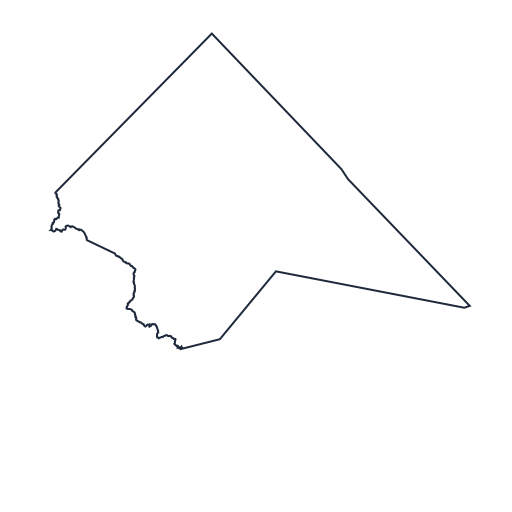 Lago Buenos Aires, Santa Cruz, Argentina (Albers equal-area conic projection), rotated 314°
{"feature_id": "61730980B62951780268980", "entity_name": "Lago Buenos Aires", "entity_type": "district", "adm_level": 2, "iso_a3": "ARG", "parent_name": "Argentina", "parent_adm1": "Santa Cruz", "projection": "albers", "projection_center": [-71.373, -47.161], "detail": "fine", "context": "isolated", "style": "outline", "palette": "slate", "viewbox_px": 512, "rotation_deg": 314, "n_neighbors": 0, "source": "geoboundaries", "source_scale": "gbopen_adm2", "svg_char_len": 5764}
<svg xmlns="http://www.w3.org/2000/svg" viewBox="0 0 512 512"><g transform="rotate(314 256 256)"><path d="M162.3,67.6L162.0,67.9L161.9,68.1L162.0,68.4L161.9,68.9L162.1,69.3L162.1,69.5L161.8,69.8L161.8,70.1L161.6,70.4L161.4,70.5L161.1,70.5L160.8,70.6L160.7,70.8L160.8,71.1L160.7,71.4L160.0,71.7L159.8,72.0L159.8,72.4L159.9,72.8L159.7,73.1L159.6,73.7L159.7,74.1L159.1,74.4L159.1,74.7L158.8,75.2L158.9,75.3L158.8,75.5L158.7,75.6L158.4,76.0L158.2,76.1L157.9,76.1L157.7,76.5L157.4,76.8L157.1,77.1L156.9,77.0L156.5,77.5L156.3,77.8L156.4,78.6L156.3,78.9L155.8,78.9L155.7,79.0L155.3,79.0L155.0,79.2L155.0,79.7L154.8,80.1L154.8,81.0L154.9,81.3L154.9,81.6L154.8,81.9L154.4,82.3L153.9,82.5L153.0,83.1L152.6,83.1L152.5,82.8L152.2,82.5L151.5,82.2L150.8,82.6L150.5,83.0L150.1,83.2L149.5,83.8L149.5,84.3L149.7,84.7L149.7,85.1L149.5,85.5L148.5,86.0L148.1,86.4L147.2,86.8L146.9,87.2L146.6,87.4L146.5,87.1L146.2,86.8L145.9,86.7L143.8,86.7L143.6,86.6L143.4,86.4L143.3,85.8L143.2,85.6L142.9,85.6L142.1,85.6L141.9,85.8L141.6,86.2L140.8,86.5L140.1,87.2L139.9,87.2L139.1,86.9L138.3,86.8L138.1,87.0L138.0,87.3L138.0,87.6L137.4,87.6L136.9,87.8L136.4,87.7L136.1,87.8L134.8,88.6L134.5,89.2L134.4,89.6L133.4,89.9L132.5,90.4L132.1,90.4L132.9,91.2L132.8,91.6L133.0,91.9L132.8,92.3L132.8,92.5L133.0,93.4L134.0,94.0L134.9,94.0L136.4,93.8L136.6,93.6L137.2,93.3L137.5,93.3L137.7,93.1L137.5,93.3L137.2,93.4L136.7,93.6L136.6,93.9L136.8,94.3L137.1,94.6L137.2,95.1L138.2,97.0L138.4,97.4L137.9,98.1L138.2,98.8L138.3,98.9L138.4,99.2L139.3,99.0L139.9,98.7L141.1,98.8L141.6,99.7L142.5,100.5L144.0,99.8L144.7,99.1L145.0,98.5L145.3,98.5L146.2,98.8L147.5,99.8L147.8,101.8L148.0,102.3L148.1,102.7L148.4,102.6L148.6,102.3L148.9,102.5L149.8,103.3L149.8,103.6L150.3,104.5L150.3,104.9L150.7,107.0L150.6,107.4L150.7,107.6L150.7,107.8L151.2,108.4L151.3,109.0L151.7,109.9L151.6,110.3L152.3,110.4L152.2,111.1L152.6,111.2L153.2,111.6L153.3,111.7L153.2,112.3L153.6,113.5L153.6,115.3L153.1,117.5L152.4,119.0L151.9,120.7L151.6,120.7L151.5,120.9L151.4,121.6L151.2,121.6L151.1,122.0L150.7,122.3L150.2,122.8L150.1,123.0L150.0,123.5L159.8,152.9L159.8,153.1L159.4,153.7L159.4,154.2L159.2,154.8L159.1,155.3L159.3,155.9L159.6,156.1L160.0,156.7L159.9,157.6L160.4,157.9L160.5,158.1L160.3,158.7L160.6,159.2L160.5,160.5L160.7,160.8L160.9,161.7L160.7,162.3L160.7,162.8L160.3,163.1L160.2,163.3L160.1,164.3L160.3,164.8L160.3,165.1L160.7,166.0L160.8,166.2L160.7,166.4L161.1,166.7L160.8,167.4L160.8,167.8L161.2,168.3L161.3,168.7L161.9,169.2L162.0,169.6L162.4,170.0L162.3,170.5L162.4,171.0L162.1,171.5L162.0,171.9L162.0,172.9L162.0,173.2L162.5,173.4L162.6,173.7L162.6,175.0L162.4,175.4L162.3,176.1L162.4,176.5L162.7,177.1L162.8,177.8L162.8,178.2L162.1,179.0L161.4,179.0L161.2,179.3L160.6,179.4L160.3,179.8L160.1,179.7L159.8,179.9L158.9,179.8L158.4,180.2L158.1,180.3L157.8,180.6L157.5,180.9L157.5,181.4L157.6,181.6L157.3,182.1L157.2,182.3L156.9,182.4L156.8,182.7L155.8,182.9L155.6,183.2L155.4,183.7L155.2,183.8L154.9,183.8L154.3,184.6L153.3,185.1L153.1,185.5L152.6,185.6L152.0,186.1L152.0,186.3L152.1,186.8L151.8,186.9L151.2,187.5L151.0,188.4L150.3,189.7L149.7,190.3L149.0,190.6L148.7,191.1L148.7,191.5L147.5,192.3L147.0,193.0L146.4,192.8L146.0,193.1L145.7,193.2L145.7,193.6L144.8,193.9L144.6,194.0L144.0,194.0L143.7,194.1L143.3,194.9L142.8,195.2L142.8,195.6L142.1,196.0L141.9,196.6L141.2,196.7L140.2,196.7L139.6,196.9L139.1,197.3L138.6,197.3L137.9,197.1L136.9,197.0L136.5,196.7L135.8,196.9L135.5,196.8L135.3,197.0L135.0,197.2L134.5,197.1L133.9,196.8L133.4,196.9L132.9,196.8L132.8,197.3L132.1,197.4L131.5,198.0L130.5,198.1L129.9,198.5L129.5,198.4L129.2,198.6L128.9,199.1L128.4,199.3L128.6,200.1L128.9,200.3L128.9,200.6L130.0,201.8L130.9,203.5L131.0,204.4L130.9,204.7L130.6,205.1L130.6,205.5L131.0,206.7L130.9,207.3L131.1,208.0L130.5,208.8L130.4,209.1L129.6,209.7L129.5,210.0L129.6,210.4L129.1,210.8L129.0,211.2L129.0,211.5L128.6,211.5L128.2,211.7L128.2,212.1L128.2,212.8L128.1,213.0L127.9,213.4L127.5,213.5L126.9,213.8L126.8,214.0L126.8,214.8L126.7,214.9L126.9,215.4L126.9,216.1L127.1,216.5L127.3,216.9L127.5,217.4L127.5,217.8L127.4,218.2L127.5,218.4L127.6,218.6L128.2,219.0L128.2,219.8L128.3,220.3L128.2,221.2L128.5,221.4L128.9,222.4L128.9,222.6L128.5,222.8L128.4,223.1L128.3,224.0L128.2,224.5L128.3,225.2L128.5,225.5L129.9,225.6L130.6,225.4L131.4,225.7L132.1,226.4L132.4,226.8L132.7,226.9L132.0,227.5L131.3,228.0L131.1,228.4L131.9,228.7L132.3,228.7L132.7,228.8L133.1,229.0L134.5,228.5L135.0,228.6L135.6,229.4L135.6,229.7L135.8,230.1L136.6,230.5L136.9,230.9L136.6,231.8L136.5,232.3L136.2,233.0L136.3,233.4L136.3,233.6L135.8,234.2L135.6,235.0L135.1,235.5L134.9,236.1L134.4,236.9L134.3,237.5L133.7,237.8L133.0,238.9L131.6,238.8L130.7,239.3L129.7,240.4L129.1,240.8L129.0,241.2L128.8,241.6L129.3,242.1L129.4,242.5L129.3,243.0L129.3,243.3L130.3,243.5L131.5,244.1L131.7,244.3L132.1,244.3L133.2,245.3L133.7,245.1L134.3,245.4L135.4,245.7L135.6,246.0L136.2,246.2L136.5,246.5L137.0,246.6L137.3,247.2L137.4,248.1L137.3,248.4L137.4,248.6L138.6,249.4L138.8,249.6L138.9,250.3L139.2,250.5L139.3,251.0L138.8,251.9L138.9,252.8L139.3,253.7L139.2,254.4L139.3,254.5L139.5,254.7L139.8,254.7L139.9,254.8L140.0,255.2L140.3,255.7L140.2,256.0L139.7,256.3L138.2,256.9L137.4,257.9L136.9,258.2L136.5,258.4L136.1,258.3L136.0,258.6L135.9,259.2L136.1,259.8L136.1,260.1L136.1,261.4L136.3,261.6L136.8,261.6L137.1,262.0L137.1,262.4L137.0,262.6L136.9,262.7L136.4,262.5L136.2,262.9L135.5,263.3L136.0,263.8L136.1,264.2L136.5,264.1L136.9,264.3L137.0,264.3L137.8,265.1L138.3,265.4L139.0,265.3L138.8,265.8L138.8,266.5L138.4,266.6L138.4,266.9L138.3,267.0L138.1,266.8L137.4,266.6L136.9,266.2L136.3,266.0L135.8,265.9L171.0,287.8L258.8,281.0L314.4,366.4L363.5,441.8L368.6,444.4L375.2,268.9L377.8,257.1L385.3,69.7L162.3,67.6Z" fill="none" stroke="#1e293b" stroke-width="2"/></g></svg>